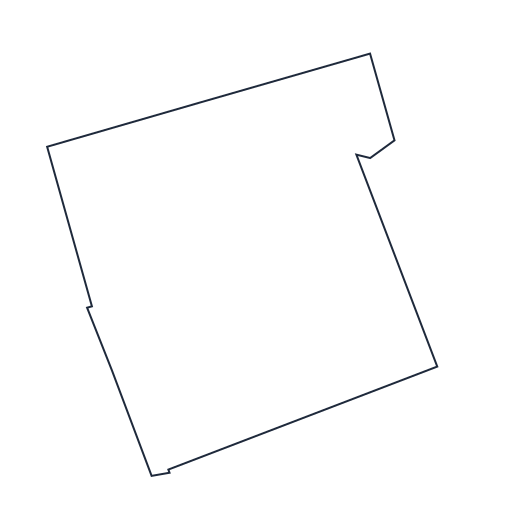 outline of Miami, Ohio, United States of America, rotated 250°
{"feature_id": "52423323B70548517333003", "entity_name": "Miami", "entity_type": "district", "adm_level": 2, "iso_a3": "USA", "parent_name": "United States of America", "parent_adm1": "Ohio", "projection": "orthographic", "projection_center": [-84.249, 40.04], "detail": "fine", "context": "isolated", "style": "outline", "palette": "slate", "viewbox_px": 512, "rotation_deg": 250, "n_neighbors": 0, "source": "geoboundaries", "source_scale": "gbopen_adm2", "svg_char_len": 323}
<svg xmlns="http://www.w3.org/2000/svg" viewBox="0 0 512 512"><g transform="rotate(250 256 256)"><path d="M85.1,82.7L81.9,100.6L85.3,100.6L90.1,388.5L316.9,385.0L309.0,396.8L317.3,425.7L407.2,432.4L419.4,255.6L430.1,97.1L264.8,84.6L265.2,79.6L197.7,81.5L85.1,82.7Z" fill="none" stroke="#1e293b" stroke-width="2"/></g></svg>